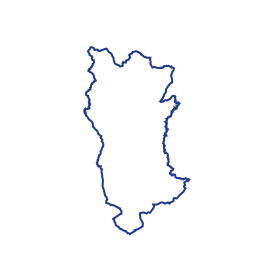 outline of Phran Kratai, Kamphaeng Phet, Thailand, rotated 48°
{"feature_id": "78962969B94050076713993", "entity_name": "Phran Kratai", "entity_type": "district", "adm_level": 2, "iso_a3": "THA", "parent_name": "Thailand", "parent_adm1": "Kamphaeng Phet", "projection": "albers", "projection_center": [99.551, 16.715], "detail": "fine", "context": "isolated", "style": "outline", "palette": "blue", "viewbox_px": 256, "rotation_deg": 48, "n_neighbors": 0, "source": "geoboundaries", "source_scale": "gbopen_adm2", "svg_char_len": 5832}
<svg xmlns="http://www.w3.org/2000/svg" viewBox="0 0 256 256"><g transform="rotate(48 128 128)"><path d="M94.1,67.1L91.9,65.7L90.7,64.4L88.5,67.0L87.0,67.5L86.3,68.4L84.5,68.4L82.3,69.1L81.7,68.8L80.3,69.2L79.9,68.9L76.2,70.7L75.5,72.4L74.6,73.5L74.9,74.0L74.7,74.4L75.3,75.2L74.8,76.2L75.0,76.8L74.3,77.7L74.6,78.4L77.1,79.2L77.0,80.3L77.7,81.4L76.7,84.2L77.1,84.7L76.9,85.0L77.8,85.9L77.2,86.2L76.5,87.5L75.8,87.6L76.0,88.3L76.6,88.6L76.7,89.2L77.8,90.0L77.7,90.6L78.1,90.8L77.0,92.9L75.5,92.8L73.3,93.8L72.6,94.4L71.2,94.5L68.8,93.6L65.9,91.7L64.4,91.7L62.6,90.8L60.9,90.7L58.5,91.5L54.8,90.8L54.2,91.4L51.6,98.0L50.6,98.4L49.7,98.0L48.2,99.5L47.9,100.5L47.6,100.7L45.3,99.9L43.1,101.5L43.0,102.2L43.9,103.4L43.9,105.1L44.2,106.4L47.5,107.1L48.0,107.7L50.8,106.8L51.7,107.3L52.2,108.5L53.9,108.9L54.6,108.1L56.3,109.1L57.0,110.5L56.8,111.4L57.7,112.4L57.8,113.3L58.2,113.5L58.0,114.0L58.4,114.4L58.2,115.0L58.5,115.6L58.5,116.4L58.7,116.5L58.5,116.9L58.9,116.9L59.0,117.4L58.7,117.7L59.0,118.2L58.7,118.7L58.9,119.2L61.1,118.8L62.5,118.1L65.2,117.9L66.7,118.6L67.1,119.2L68.0,119.6L71.2,120.2L70.5,121.7L70.6,122.5L71.1,122.8L70.7,124.3L71.3,125.0L70.9,125.4L71.6,127.1L72.9,128.2L72.8,129.2L74.0,130.0L74.1,130.8L73.6,131.3L73.8,131.9L73.4,132.2L73.9,132.9L73.6,134.1L73.8,135.5L74.7,136.5L75.8,137.1L77.2,136.2L77.7,136.8L78.8,136.8L79.3,137.4L81.4,137.6L82.1,138.4L81.9,139.2L84.1,139.9L84.3,140.3L83.8,140.6L84.4,140.9L85.1,140.5L85.6,141.3L85.4,142.0L86.0,143.1L86.3,143.1L86.4,143.4L86.5,143.0L87.1,143.0L87.5,143.8L87.4,144.3L86.6,144.9L86.6,145.9L86.1,146.5L85.1,146.5L85.1,147.2L86.0,148.2L85.6,148.4L86.1,149.0L86.7,148.6L87.1,148.9L87.2,149.2L86.9,149.5L87.3,149.9L88.0,150.1L88.3,149.6L88.4,149.9L88.8,149.8L89.5,150.3L89.8,150.1L90.7,150.9L92.2,150.6L95.3,151.3L98.7,150.7L100.6,151.0L102.3,152.0L103.3,153.1L105.7,153.0L106.2,153.2L109.9,152.8L112.6,154.1L113.1,153.8L114.6,153.7L116.3,153.3L116.7,154.9L119.6,154.9L120.5,156.5L122.1,156.4L123.6,157.2L124.3,158.2L125.1,158.6L125.3,160.2L125.6,161.1L126.6,162.1L127.0,164.2L128.9,165.5L129.1,167.0L128.9,167.5L129.4,167.9L129.2,168.1L130.0,169.0L130.0,169.5L131.4,171.1L131.3,171.5L131.8,171.8L131.7,172.3L132.3,172.7L132.9,173.5L132.9,174.4L133.8,175.0L134.1,174.8L135.6,175.6L135.9,175.2L136.3,175.4L137.0,175.0L137.2,175.3L137.9,174.3L138.3,174.4L138.4,174.1L139.3,175.1L140.1,175.4L141.3,175.0L141.6,175.9L143.4,177.4L144.5,177.8L147.7,180.3L150.0,181.5L154.4,186.0L157.9,187.4L163.0,190.3L164.8,190.2L167.4,191.3L167.7,193.0L169.2,194.4L170.5,193.5L171.0,192.8L173.7,192.4L174.0,191.6L176.8,189.9L178.4,189.6L179.7,188.7L182.2,188.3L182.2,187.9L185.4,188.5L187.3,190.3L186.6,191.5L186.7,192.3L185.6,199.9L186.3,200.0L187.0,199.7L188.8,201.0L190.2,200.8L190.7,201.4L192.1,202.0L193.8,201.8L194.5,201.3L195.6,201.3L196.0,201.0L197.2,201.5L198.2,201.3L198.4,200.6L200.9,200.1L202.6,199.0L203.2,198.9L203.3,198.6L205.9,198.7L207.0,197.7L208.1,197.7L209.2,191.2L208.5,191.2L209.9,188.3L210.9,182.9L210.3,182.6L210.0,181.8L208.2,180.4L203.7,179.5L199.4,176.2L201.0,173.1L204.1,171.3L204.2,169.4L205.7,168.2L204.4,162.4L203.6,161.0L201.7,160.4L203.9,158.2L204.7,156.6L205.1,154.2L206.0,152.6L206.8,151.9L209.0,151.0L210.2,147.9L210.6,147.7L211.3,147.9L212.0,147.5L211.7,146.6L212.7,143.1L211.2,141.7L210.9,140.9L211.6,139.8L212.7,139.4L213.0,138.3L212.4,134.0L212.5,129.5L211.2,125.5L209.7,125.9L209.2,125.8L208.5,124.8L208.8,124.0L207.8,123.3L206.4,122.9L206.1,122.5L206.5,120.4L207.6,119.1L207.3,117.0L206.5,117.3L206.5,117.9L205.9,118.4L204.3,118.5L203.8,119.1L203.5,120.8L203.0,120.9L203.1,121.3L202.4,121.6L201.9,122.5L201.5,122.3L200.1,122.8L199.8,123.4L199.4,123.3L198.2,125.1L196.3,125.6L194.2,124.3L192.8,125.3L193.1,126.4L192.6,127.1L191.6,126.6L190.8,127.4L189.9,127.4L189.3,127.0L189.4,125.7L188.7,125.1L188.9,124.7L188.7,124.5L189.3,122.8L188.6,121.7L188.0,122.1L185.9,122.1L185.9,122.5L183.6,122.5L182.9,123.2L182.1,123.3L182.0,122.8L181.7,122.7L181.9,122.5L180.9,122.2L180.3,120.2L178.5,119.4L178.1,118.6L176.1,118.3L175.9,117.4L174.3,116.1L171.8,116.1L171.4,117.4L169.7,116.8L169.5,115.9L169.1,116.1L168.4,115.0L167.8,115.2L167.7,114.8L167.1,114.7L166.2,114.0L165.9,112.6L164.9,112.4L164.8,112.8L163.9,112.1L162.8,112.1L162.5,110.9L161.8,110.6L161.3,109.3L160.0,108.7L160.1,108.2L159.2,107.3L159.3,106.9L158.5,105.9L159.0,105.1L158.7,105.2L158.6,104.8L157.9,105.4L157.9,104.8L157.4,104.6L157.4,104.1L156.8,104.0L156.8,103.1L156.4,103.0L156.4,102.0L156.7,102.1L156.7,101.7L155.6,100.9L155.8,100.0L155.3,100.2L155.2,99.5L154.9,99.7L154.9,99.4L154.4,99.2L154.1,99.3L154.2,99.7L152.6,99.4L152.5,98.8L152.1,99.0L152.1,98.5L151.8,98.6L151.6,97.6L150.9,97.2L150.9,96.2L149.4,96.2L149.7,96.0L149.5,95.3L149.1,95.3L149.2,95.1L148.2,94.6L148.3,94.0L147.4,93.0L146.9,93.1L147.0,92.6L147.4,92.5L146.9,91.5L147.3,91.0L147.6,91.0L147.1,90.8L147.4,90.5L147.1,89.6L147.4,89.1L147.8,89.1L148.0,88.5L147.1,86.7L146.3,86.2L146.3,85.5L145.7,85.2L145.8,84.6L145.3,84.5L145.7,83.8L145.4,83.8L145.6,83.6L145.1,83.5L144.7,82.6L145.2,81.6L144.9,81.4L145.2,81.1L144.9,80.9L145.2,80.7L144.8,80.3L145.4,79.9L144.8,79.7L145.2,79.6L145.0,78.5L145.5,78.3L144.7,77.7L145.2,77.7L145.2,77.2L144.8,76.6L144.2,73.3L142.4,73.6L142.4,75.3L140.1,75.8L139.0,74.8L138.8,74.0L139.1,73.9L136.7,72.6L136.3,71.7L134.8,72.2L133.9,74.0L134.6,76.9L133.6,80.7L132.2,81.7L131.9,83.7L131.2,85.6L130.6,86.2L129.7,86.3L129.3,82.5L128.4,81.2L128.3,80.1L127.3,79.0L126.8,76.0L124.7,73.8L123.3,68.1L123.2,65.7L123.7,65.1L123.7,64.6L121.2,62.6L117.6,60.8L117.4,59.8L116.0,57.6L115.7,55.8L114.4,54.0L112.7,54.4L112.2,55.3L111.2,54.9L111.1,55.4L109.1,56.0L108.6,57.1L107.5,57.7L107.4,58.5L106.4,59.4L106.0,60.5L106.2,60.9L106.5,60.9L106.5,61.9L105.8,62.9L105.2,63.0L104.9,64.1L104.1,65.1L103.3,65.5L102.7,66.2L100.3,67.4L99.5,69.4L95.5,68.5L94.1,67.1Z" fill="none" stroke="#1e3a8a" stroke-width="2"/></g></svg>